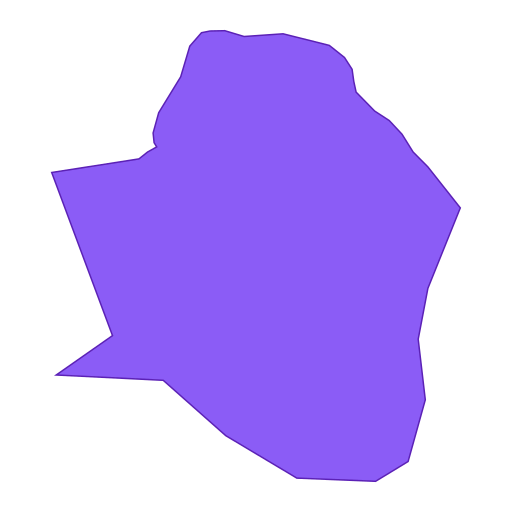 the border of Pesnica
{"feature_id": "SVN-976", "entity_name": "Pesnica", "entity_type": "Municipality", "adm_level": 1, "iso_a3": "SVN", "parent_name": "Slovenia", "parent_adm1": "", "projection": "natural_earth1", "projection_center": [15.715, 46.623], "detail": "fine", "context": "isolated", "style": "filled", "palette": "violet", "viewbox_px": 512, "rotation_deg": 0, "n_neighbors": 0, "source": "natural_earth", "source_scale": "10m", "svg_char_len": 550}
<svg xmlns="http://www.w3.org/2000/svg" viewBox="0 0 512 512"><path d="M375.6,481.3L296.8,478.1L225.8,435.7L163.2,380.3L56.2,375.0L112.5,335.6L51.7,172.5L138.9,158.9L147.6,152.0L156.7,146.9L154.1,142.7L153.1,133.0L158.7,112.7L180.7,76.8L189.8,46.1L201.5,32.7L210.1,31.0L224.8,30.7L244.1,36.5L283.1,33.8L329.3,45.4L344.5,57.5L352.1,69.3L353.8,81.5L356.1,92.1L374.6,111.0L389.3,120.6L402.0,134.2L413.1,152.0L427.8,166.8L460.3,207.9L427.9,288.3L418.2,339.2L425.3,399.8L408.1,461.5L375.6,481.3Z" fill="#8b5cf6" stroke="#5b21b6" stroke-width="1.5"/></svg>